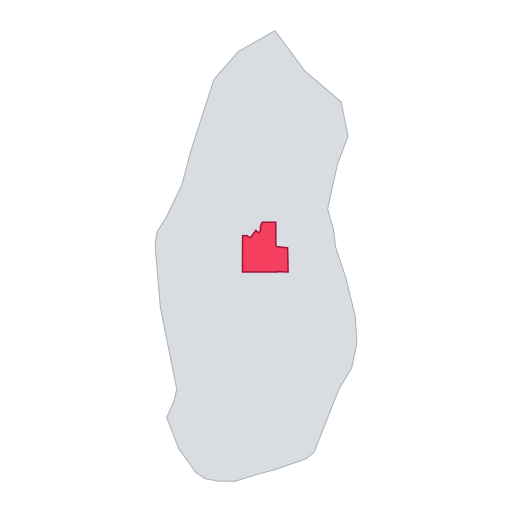 location of 80, Ar Rayyān, Qatar
{"feature_id": "91078587B61034229486760", "entity_name": "80", "entity_type": "district", "adm_level": 2, "iso_a3": "QAT", "parent_name": "Qatar", "parent_adm1": "Ar Rayyān", "projection": "natural_earth1", "projection_center": [51.221, 25.39], "detail": "fine", "context": "in_parent", "style": "filled", "palette": "rose", "viewbox_px": 512, "rotation_deg": 0, "n_neighbors": 0, "source": "geoboundaries", "source_scale": "gbopen_adm2", "svg_char_len": 874}
<svg xmlns="http://www.w3.org/2000/svg" viewBox="0 0 512 512"><path d="M276.3,469.2L255.1,475.0L235.0,481.3L218.3,481.1L204.9,478.6L196.0,472.6L178.8,448.7L166.7,417.6L174.2,400.3L176.8,389.4L160.4,307.5L155.1,244.6L157.1,231.7L166.5,216.9L182.1,184.1L190.4,152.5L213.9,79.5L238.6,51.3L275.0,30.7L304.8,71.0L341.2,101.9L348.1,136.3L337.4,164.4L327.6,209.0L333.5,229.5L335.7,247.3L345.6,277.1L355.2,315.9L356.9,342.8L351.7,367.8L339.1,388.8L314.2,451.9L306.7,458.5L276.3,469.2Z" fill="#d9dde1" stroke="#a8b0b8" stroke-width="1"/><path d="M275.8,222.2L262.2,222.2L260.4,226.4L260.4,230.9L258.8,232.5L258.0,232.5L255.9,230.3L250.8,237.1L248.7,237.1L247.0,235.6L242.6,235.6L242.5,257.6L242.5,272.0L273.0,272.0L277.5,272.0L277.5,271.6L288.1,272.0L287.9,260.9L287.6,247.8L277.0,246.7L275.8,245.0L275.8,227.1L275.8,222.2Z" fill="#f43f5e" stroke="#9f1239" stroke-width="1.5"/></svg>